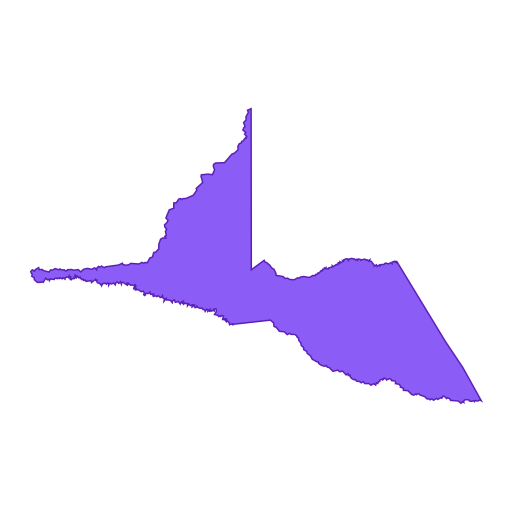 Tahuamanu, Madre de Dios, Peru
{"feature_id": "86281439B15199345066694", "entity_name": "Tahuamanu", "entity_type": "district", "adm_level": 2, "iso_a3": "PER", "parent_name": "Peru", "parent_adm1": "Madre de Dios", "projection": "albers", "projection_center": [-70.382, -10.903], "detail": "fine", "context": "isolated", "style": "filled", "palette": "violet", "viewbox_px": 512, "rotation_deg": 0, "n_neighbors": 0, "source": "geoboundaries", "source_scale": "gbopen_adm2", "svg_char_len": 6014}
<svg xmlns="http://www.w3.org/2000/svg" viewBox="0 0 512 512"><path d="M31.8,276.3L34.3,277.8L34.3,279.7L37.3,282.4L41.1,282.3L41.7,281.7L43.2,282.4L45.7,278.2L47.3,279.8L49.1,279.2L49.4,280.6L50.5,279.0L54.2,279.5L54.8,278.5L56.8,278.1L57.1,278.7L59.3,278.1L59.3,279.1L59.8,277.8L62.2,278.8L63.1,277.8L65.0,279.1L65.1,277.8L67.5,276.9L68.4,277.5L69.0,276.1L69.2,277.4L70.0,276.5L70.8,276.9L70.2,278.8L71.3,279.0L70.5,279.4L71.1,279.8L72.0,278.8L74.2,278.6L74.2,277.4L76.1,277.9L76.4,277.0L74.9,275.8L75.1,275.0L77.1,276.3L77.0,277.1L77.6,276.4L78.8,277.8L80.0,277.0L80.4,278.6L81.5,278.7L82.0,279.7L83.4,279.4L83.8,280.5L85.3,280.1L86.1,281.4L91.0,280.6L91.5,282.5L95.5,279.4L95.7,280.4L97.1,280.2L96.8,281.8L97.7,282.9L99.8,283.4L100.6,284.7L101.6,284.4L101.7,285.5L102.9,283.5L105.5,283.3L106.4,284.2L107.6,282.8L108.6,283.7L108.7,285.2L109.7,283.3L111.5,284.0L113.6,283.0L115.2,284.9L115.8,282.9L117.2,282.0L118.8,283.4L120.5,281.7L121.4,284.3L121.9,282.5L123.0,282.3L127.4,285.3L127.9,284.6L127.1,283.1L128.0,282.9L130.5,285.2L132.7,285.0L134.0,285.8L135.0,284.7L135.9,286.0L134.6,286.6L134.8,288.0L133.7,288.0L133.8,288.9L134.7,288.9L135.4,287.6L136.2,288.6L135.7,289.9L138.2,289.6L141.3,291.7L143.2,291.2L144.5,293.1L143.6,294.5L144.5,295.5L145.3,295.0L144.4,294.2L144.9,293.5L148.4,293.5L150.0,292.1L150.6,294.4L153.6,294.1L152.9,295.8L153.5,296.5L154.9,295.7L156.9,296.6L158.1,295.6L160.3,297.5L161.6,297.3L162.5,295.7L162.9,297.9L164.4,298.5L164.0,301.2L166.2,298.5L166.5,299.9L170.3,300.3L172.3,302.7L172.7,300.6L174.5,299.9L175.3,302.3L178.4,301.5L180.2,304.1L181.3,302.2L183.0,301.3L182.3,303.0L183.7,304.3L184.3,302.7L185.7,303.6L187.5,303.5L187.5,305.8L188.9,303.9L190.3,305.6L192.3,304.9L192.0,307.0L193.0,306.6L193.3,304.7L194.5,305.0L195.0,307.6L196.1,307.5L196.9,306.1L197.5,307.2L199.9,308.3L202.1,308.1L202.7,309.3L204.6,309.8L205.2,311.4L206.7,309.2L207.8,309.6L207.8,311.3L210.1,309.4L209.6,311.9L210.7,310.4L211.8,311.1L213.0,310.2L214.2,310.9L214.0,309.0L216.1,308.9L216.3,311.6L214.5,314.5L217.8,315.3L218.7,316.5L219.6,316.0L220.7,316.6L221.8,315.4L223.4,316.1L222.6,319.5L224.6,319.6L226.1,321.4L226.1,319.7L225.1,318.8L226.0,318.6L227.6,321.5L228.9,322.2L229.6,324.7L231.3,324.0L232.5,324.6L232.2,323.3L233.0,324.3L270.5,320.1L273.7,323.1L274.0,326.4L276.3,327.4L279.4,331.3L284.4,331.8L287.2,334.6L289.4,333.4L291.2,334.4L294.6,334.4L296.7,335.7L297.0,337.0L298.2,337.6L298.9,340.7L300.7,342.7L301.3,345.6L303.5,347.4L303.7,349.6L306.8,351.5L307.2,353.4L310.4,355.8L312.3,359.3L317.1,361.9L318.3,361.8L318.7,363.5L321.0,365.1L324.6,366.3L326.4,365.6L327.2,367.1L329.4,367.7L332.9,371.3L337.9,370.1L339.5,371.7L342.7,371.2L346.1,374.9L348.0,373.7L348.3,375.5L350.1,375.2L350.0,376.4L351.5,378.4L354.1,379.8L355.0,379.4L356.7,381.2L359.5,381.5L361.2,382.8L363.3,381.7L364.8,383.6L369.0,383.6L371.0,385.2L373.7,383.7L375.7,385.1L376.3,382.9L377.8,383.5L378.2,381.9L379.7,381.5L380.0,379.9L382.3,379.2L382.6,379.9L383.9,379.0L383.8,378.3L385.5,378.3L386.6,380.0L389.5,378.6L391.5,379.6L391.5,380.6L394.9,381.0L395.8,382.4L395.4,383.6L399.1,384.3L400.7,386.3L400.4,387.2L403.4,388.2L403.4,390.3L407.9,390.7L411.8,394.6L414.0,395.1L415.5,394.0L416.5,394.7L417.7,393.8L419.2,393.9L419.8,394.9L424.7,396.6L427.2,399.0L428.1,398.6L430.1,399.8L431.8,398.8L433.6,400.2L436.5,398.4L437.7,399.4L441.0,397.7L441.8,398.2L442.9,396.2L444.1,396.2L446.7,398.6L447.3,397.7L450.1,399.0L450.5,400.4L458.4,401.0L460.9,403.3L462.5,401.9L463.5,402.3L463.1,401.7L463.7,401.8L464.3,400.1L465.7,399.7L468.7,399.8L469.3,400.9L471.5,401.4L473.4,400.7L474.5,401.7L475.4,400.6L478.0,401.0L479.7,400.0L481.3,400.8L462.8,367.5L445.4,341.5L396.8,261.5L395.2,261.4L395.9,262.4L393.9,261.5L392.2,262.1L392.1,263.8L390.7,262.7L388.8,263.8L385.3,263.1L384.0,264.4L380.8,264.6L379.9,265.9L379.4,264.9L377.1,266.4L376.4,264.8L374.2,266.2L374.0,264.9L371.1,261.2L369.2,261.2L369.7,259.8L368.4,260.6L367.1,259.8L366.3,260.4L365.4,259.3L363.9,259.2L361.0,260.3L360.9,259.6L358.3,259.0L357.3,260.4L356.7,259.3L355.2,259.9L354.5,259.0L351.3,258.4L349.1,259.1L348.5,260.3L348.1,259.1L346.8,258.7L343.9,259.6L343.7,260.8L342.8,260.6L343.3,261.3L341.0,262.5L339.9,261.6L339.6,263.4L338.2,262.7L337.6,264.8L336.3,264.4L333.5,266.6L332.2,265.6L332.2,266.9L328.5,268.0L328.3,268.9L326.2,268.6L326.0,267.6L325.4,268.3L324.4,267.9L324.1,269.2L322.7,269.3L322.3,270.9L321.1,270.6L319.2,272.9L317.9,273.0L317.7,274.0L315.5,274.5L315.2,275.7L312.7,275.5L309.4,277.5L303.5,276.5L300.3,277.1L299.3,278.2L297.7,277.8L294.1,279.8L289.4,279.4L287.7,278.2L284.9,278.4L283.2,276.6L276.0,275.3L276.0,273.5L274.0,269.3L271.7,267.9L269.8,265.2L266.6,262.6L265.1,262.2L264.2,260.3L251.3,269.8L251.1,108.7L247.5,110.2L248.4,112.3L245.9,117.0L246.2,119.8L243.6,122.6L245.1,126.7L243.8,127.6L242.9,130.1L245.8,132.5L244.6,134.1L246.8,136.6L245.6,137.6L246.1,138.1L244.5,138.9L243.1,141.0L241.7,141.4L241.3,142.9L239.3,143.7L237.9,146.3L238.1,149.8L234.2,153.3L231.9,154.1L224.5,162.7L215.6,163.0L213.6,164.3L213.3,166.3L214.6,169.8L212.4,174.7L208.1,174.1L201.4,174.8L201.0,176.3L202.7,182.5L196.2,188.4L196.8,190.1L193.4,195.2L185.9,198.5L182.9,198.6L181.7,199.5L180.5,198.6L178.8,199.0L176.3,202.8L173.8,202.9L173.7,208.3L169.3,209.8L165.9,218.0L168.0,220.2L167.0,222.5L164.5,224.9L165.0,227.4L166.7,229.1L165.4,231.4L166.3,235.6L164.8,236.3L165.9,238.0L162.6,238.0L160.6,239.2L158.9,244.0L158.7,248.9L155.6,252.2L153.7,252.5L152.5,257.0L149.8,258.0L147.3,262.8L145.1,262.4L144.0,263.3L141.8,262.4L139.1,264.0L130.7,263.4L128.8,264.8L125.7,265.2L123.0,264.6L122.4,263.2L118.6,265.0L105.6,266.8L104.2,267.7L101.5,266.1L99.7,267.2L98.6,266.4L96.9,268.0L96.6,269.8L94.7,267.8L91.6,269.3L87.5,268.4L83.5,269.3L80.8,271.9L78.2,269.6L73.9,270.2L71.4,269.5L67.5,269.7L67.1,270.6L65.4,270.9L64.5,269.9L61.0,269.8L60.0,268.9L58.6,269.7L55.2,268.6L52.5,270.1L50.6,269.9L49.1,272.0L43.7,270.7L42.0,269.4L39.2,269.8L38.7,267.6L35.3,269.6L34.5,271.2L32.4,269.8L31.7,270.4L30.7,271.7L32.2,274.4L31.8,276.3Z" fill="#8b5cf6" stroke="#5b21b6" stroke-width="1.5"/></svg>